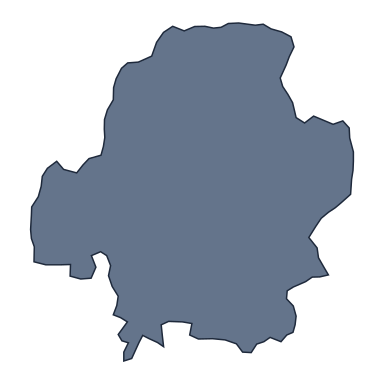 Tuiuti, São Paulo, Brazil (Robinson projection)
{"feature_id": "56859067B66015018997927", "entity_name": "Tuiuti", "entity_type": "district", "adm_level": 2, "iso_a3": "BRA", "parent_name": "Brazil", "parent_adm1": "São Paulo", "projection": "robinson", "projection_center": [-46.691, -22.831], "detail": "fine", "context": "isolated", "style": "filled", "palette": "slate", "viewbox_px": 384, "rotation_deg": 0, "n_neighbors": 0, "source": "geoboundaries", "source_scale": "gbopen_adm2", "svg_char_len": 1628}
<svg xmlns="http://www.w3.org/2000/svg" viewBox="0 0 384 384"><path d="M31.4,238.5L34.3,246.8L34.0,261.8L45.8,264.8L60.4,264.8L70.5,264.5L70.1,276.1L80.7,279.0L91.1,278.2L95.9,267.2L91.4,255.6L100.6,251.7L106.7,255.6L110.6,265.6L108.5,275.7L112.2,286.5L118.2,296.2L116.8,305.5L113.3,314.8L120.5,317.6L127.4,321.9L118.2,334.5L121.9,340.8L128.4,342.8L123.8,352.1L123.8,361.0L131.7,358.5L139.0,342.5L142.7,335.4L149.2,338.7L157.5,342.5L163.6,346.7L162.4,336.3L161.2,324.8L168.6,321.4L182.5,321.9L191.9,323.5L189.7,335.0L198.4,339.0L212.5,338.7L225.1,339.9L236.4,343.8L242.6,352.1L251.2,352.6L256.7,344.1L263.9,341.7L270.1,337.4L281.0,341.7L286.8,335.0L293.0,332.3L295.1,324.8L296.1,316.1L293.3,306.0L286.5,298.8L287.2,290.8L293.3,287.0L305.7,281.6L312.2,277.1L319.8,276.9L328.4,274.9L324.0,267.4L318.5,257.8L317.1,247.9L308.8,237.5L315.7,226.5L321.2,218.3L328.4,212.3L335.3,207.7L341.1,202.8L350.6,194.3L351.6,179.2L353.0,170.4L353.4,161.1L353.4,151.9L349.7,138.0L349.2,128.0L342.8,120.9L333.1,124.3L313.6,116.1L304.6,123.0L296.1,117.6L292.6,102.7L287.9,94.4L282.7,86.5L280.2,78.0L286.1,65.1L289.3,56.6L294.0,46.9L291.0,36.8L281.7,31.9L271.1,28.9L263.2,24.2L255.3,25.2L238.7,23.0L228.3,23.5L221.1,27.3L213.5,28.1L204.9,26.3L194.7,26.5L184.2,30.9L172.7,26.3L163.5,32.4L156.6,42.3L151.7,56.1L138.3,62.1L127.7,62.9L121.5,68.3L116.1,78.8L113.6,87.6L113.3,99.8L107.4,109.9L104.5,119.5L104.3,129.2L104.8,137.5L103.4,146.5L101.0,155.2L89.0,158.6L83.1,164.8L76.7,172.9L63.6,169.4L56.7,161.3L47.4,168.3L42.3,176.3L41.2,186.3L38.3,196.7L31.7,206.9L31.4,215.2L30.6,229.6L31.4,238.5Z" fill="#64748b" stroke="#1e293b" stroke-width="1.5"/></svg>